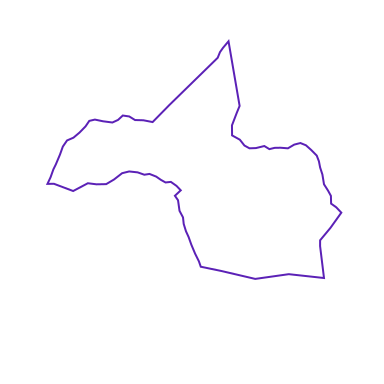 Rosário do Catete, Sergipe, Brazil (Albers equal-area conic projection), rotated 159°
{"feature_id": "56859067B61621053518768", "entity_name": "Rosário do Catete", "entity_type": "district", "adm_level": 2, "iso_a3": "BRA", "parent_name": "Brazil", "parent_adm1": "Sergipe", "projection": "albers", "projection_center": [-37.028, -10.681], "detail": "fine", "context": "isolated", "style": "outline", "palette": "violet", "viewbox_px": 384, "rotation_deg": 159, "n_neighbors": 0, "source": "geoboundaries", "source_scale": "gbopen_adm2", "svg_char_len": 1207}
<svg xmlns="http://www.w3.org/2000/svg" viewBox="0 0 384 384"><g transform="rotate(159 192 192)"><path d="M99.6,64.4L91.8,95.6L89.7,101.0L75.6,108.9L60.0,119.2L62.8,126.0L66.3,131.3L63.7,138.6L64.5,144.5L66.0,151.9L64.0,161.6L63.6,169.0L62.5,175.2L62.5,181.3L65.7,188.6L68.9,194.8L73.3,198.9L79.6,199.6L86.8,198.4L93.5,201.6L99.0,203.6L104.4,204.3L108.0,209.0L116.6,210.1L122.7,212.2L126.4,216.6L128.6,223.7L134.3,230.5L130.8,239.9L127.1,244.0L121.8,249.9L116.7,255.3L103.9,319.6L111.2,315.6L115.7,312.6L119.9,308.1L181.8,281.4L203.7,271.4L211.7,276.4L219.4,279.6L223.5,285.0L229.2,288.2L235.2,285.8L241.4,285.4L249.7,289.9L256.7,294.4L262.4,295.2L267.9,291.4L275.7,287.8L283.2,285.2L290.2,284.9L296.3,280.7L301.8,274.3L309.2,266.6L313.3,262.8L318.8,256.4L324.0,251.4L317.9,249.1L302.6,235.5L286.1,237.5L278.4,233.4L269.3,230.1L260.4,231.6L250.5,234.6L243.3,233.7L235.7,229.8L230.3,225.2L225.2,224.1L219.9,219.2L216.7,214.5L213.3,210.4L208.1,209.0L204.3,203.3L201.9,197.6L209.3,194.6L208.0,189.3L210.4,178.9L209.5,171.5L211.2,165.1L211.7,157.5L211.3,151.2L211.5,143.1L211.2,133.3L210.4,124.8L210.6,119.1L193.3,108.0L164.1,88.2L131.1,80.6L99.6,64.4Z" fill="none" stroke="#5b21b6" stroke-width="2"/></g></svg>